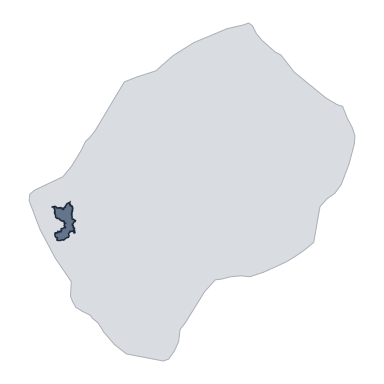 location of Tsana-Talana, Mafeteng, Lesotho
{"feature_id": "5366337B43460203285745", "entity_name": "Tsana-Talana", "entity_type": "district", "adm_level": 2, "iso_a3": "LSO", "parent_name": "Lesotho", "parent_adm1": "Mafeteng", "projection": "robinson", "projection_center": [27.304, -29.791], "detail": "fine", "context": "in_parent", "style": "filled", "palette": "slate", "viewbox_px": 384, "rotation_deg": 0, "n_neighbors": 0, "source": "geoboundaries", "source_scale": "gbopen_adm2", "svg_char_len": 5609}
<svg xmlns="http://www.w3.org/2000/svg" viewBox="0 0 384 384"><path d="M263.4,272.3L250.8,276.4L249.1,276.7L241.1,275.8L230.4,276.8L221.9,279.0L215.4,279.8L204.7,291.5L185.3,322.8L180.1,329.4L178.6,341.7L174.1,351.5L168.6,359.1L163.3,361.0L147.1,357.9L126.5,354.0L114.5,344.6L103.8,332.1L98.2,323.1L92.3,318.1L90.3,315.3L81.9,311.1L78.7,309.0L75.9,307.4L72.5,301.4L70.5,296.2L71.3,281.6L65.4,273.0L55.2,258.1L48.8,246.0L40.0,229.4L34.6,215.2L29.1,200.5L29.8,194.2L35.1,189.9L50.7,182.5L62.8,176.8L71.5,166.3L81.0,150.7L85.6,141.3L90.2,137.0L95.3,130.4L104.1,115.7L113.9,99.3L124.4,81.8L137.6,76.7L155.7,70.9L173.1,55.6L193.8,42.6L227.2,28.6L242.8,25.1L248.7,23.0L252.4,25.7L256.4,33.7L262.0,40.4L275.2,52.1L280.8,54.9L294.3,72.2L308.8,84.0L325.5,97.7L336.8,104.5L342.6,106.4L347.4,118.5L352.2,127.5L354.9,135.9L354.3,144.1L349.0,164.1L341.2,184.6L335.0,193.1L327.4,198.5L320.0,206.6L317.1,223.0L313.7,242.4L304.1,250.3L296.6,255.5L286.2,261.9L263.4,272.3Z" fill="#d9dde1" stroke="#a8b0b8" stroke-width="1"/><path d="M74.4,233.0L74.6,232.9L74.4,232.4L74.6,231.9L74.8,231.9L74.5,231.3L74.6,230.9L74.3,230.9L74.1,230.8L74.1,230.7L74.3,230.6L74.1,230.4L74.0,230.2L74.2,229.9L74.0,229.7L74.1,229.3L74.1,229.0L74.2,228.9L74.3,228.7L74.2,228.6L74.4,228.5L74.4,228.4L74.5,228.3L74.3,228.1L74.1,227.9L73.8,227.6L73.7,227.6L73.4,227.5L73.3,227.2L73.4,226.8L73.5,226.7L73.4,226.4L73.2,226.6L73.2,226.2L73.0,225.9L72.9,225.6L73.0,225.7L72.8,225.5L72.6,225.4L72.7,225.1L72.6,224.9L72.4,224.8L72.6,224.6L72.7,224.4L72.6,224.2L72.8,224.2L73.1,223.9L73.2,223.3L73.4,223.0L73.5,222.7L73.9,222.3L74.1,221.5L74.3,221.4L74.7,221.6L74.9,221.6L75.1,221.6L75.5,220.6L74.6,220.1L74.0,219.6L73.5,219.2L73.1,219.2L72.9,219.5L72.4,219.4L72.3,219.1L72.1,218.9L72.0,218.2L72.1,217.2L72.1,216.8L72.0,216.6L72.1,216.3L71.9,215.6L71.7,215.5L71.7,215.1L71.6,214.8L71.6,214.7L71.8,214.8L71.9,214.7L71.9,214.2L71.7,213.9L71.8,213.9L71.7,213.6L71.8,213.5L71.8,213.1L72.0,212.9L71.9,212.8L71.9,212.6L72.0,212.2L72.1,211.9L72.3,211.5L72.1,211.3L72.4,211.2L72.5,210.9L72.4,210.8L72.6,210.7L72.5,209.9L72.4,209.4L72.8,208.9L72.8,208.5L72.8,208.4L72.7,208.4L72.6,208.2L72.3,207.9L72.4,207.5L72.5,207.4L72.4,207.2L72.5,207.1L72.4,206.9L72.2,206.7L72.3,206.5L72.2,206.3L71.9,206.2L71.9,205.9L71.7,205.8L71.4,205.8L71.2,206.0L71.1,205.9L70.8,205.8L70.5,205.4L70.3,205.4L70.6,204.9L70.5,204.5L70.2,204.5L69.7,204.3L69.8,204.1L69.8,203.8L69.7,203.7L69.8,203.5L69.7,203.3L69.8,203.0L69.7,202.8L69.8,202.7L69.9,202.3L69.5,202.6L69.2,202.5L68.9,202.6L68.5,203.0L68.2,203.1L67.9,203.2L67.5,203.6L67.1,203.6L66.8,203.8L66.7,204.0L66.5,204.3L66.2,204.9L66.2,205.0L66.1,205.3L65.7,205.8L65.1,206.4L65.1,206.6L65.4,207.1L65.2,207.2L64.8,207.3L63.9,207.8L64.0,208.6L63.6,209.0L63.5,209.4L63.2,209.5L63.1,209.3L62.8,209.2L62.9,208.9L62.6,208.9L62.4,208.7L62.1,208.7L62.1,208.3L61.8,208.4L61.7,208.2L61.4,207.9L61.3,208.0L61.1,207.8L60.7,208.0L60.4,208.0L60.3,207.8L60.1,208.0L59.9,207.7L59.7,207.7L59.4,207.7L59.0,207.9L58.5,207.9L58.5,208.1L58.2,208.1L57.8,208.1L57.5,207.9L57.4,208.0L56.9,207.9L56.6,207.7L56.5,207.4L56.3,207.2L56.3,207.3L56.2,207.3L56.1,207.1L55.8,206.8L55.6,206.8L55.5,206.7L55.2,206.6L54.5,206.4L54.4,206.5L54.5,206.7L54.4,206.8L54.3,206.6L54.0,206.6L53.8,206.7L53.7,206.8L53.2,206.6L52.7,206.7L52.3,206.8L52.3,207.0L52.7,206.9L53.0,207.0L53.3,207.3L53.6,207.4L53.6,207.7L54.0,207.9L54.2,208.2L54.2,208.4L54.3,208.5L54.2,208.7L54.5,208.9L54.7,209.1L54.8,209.3L54.8,209.5L54.8,209.9L55.0,210.1L54.9,210.6L54.6,210.9L54.7,211.0L54.9,211.3L54.7,211.4L54.7,211.5L54.9,211.5L54.7,211.6L54.7,212.0L55.0,212.5L54.8,212.7L54.9,213.1L54.7,213.1L54.9,213.4L54.7,213.6L54.9,213.9L55.1,214.4L55.4,214.6L55.6,214.9L55.5,215.5L55.5,215.8L55.5,216.0L55.5,216.3L55.6,216.5L55.7,217.3L55.8,217.5L56.5,217.7L56.7,218.0L56.8,217.9L57.1,218.2L57.2,218.3L57.4,218.6L57.5,218.6L58.4,218.4L58.5,218.4L58.9,218.6L59.1,218.8L59.4,219.2L59.7,219.4L59.7,219.5L59.8,219.5L60.1,219.6L60.2,219.9L60.5,220.2L61.0,220.6L61.3,220.6L61.7,221.0L62.2,221.0L62.6,221.2L62.9,221.0L63.1,221.1L63.2,220.9L63.5,221.1L63.8,221.1L63.8,221.3L64.2,221.3L64.4,221.1L64.5,220.9L64.4,221.2L64.2,221.4L64.2,221.6L64.2,221.8L64.3,222.3L64.1,223.0L64.3,223.1L64.7,223.1L65.0,223.2L65.3,223.3L65.0,223.5L64.8,224.0L64.6,224.1L64.6,224.3L64.4,224.6L64.4,225.0L64.2,225.3L64.3,225.5L64.2,225.6L64.3,226.0L64.5,226.3L64.8,226.7L64.9,226.8L65.2,226.9L65.5,227.2L65.5,227.4L65.4,227.6L65.2,227.4L64.9,227.4L64.7,227.7L64.5,227.8L64.1,227.8L63.8,227.8L63.4,228.0L62.9,228.5L62.6,228.5L62.4,228.6L61.8,228.5L61.2,228.7L61.1,229.1L61.1,229.3L61.2,229.7L61.2,229.8L61.2,230.0L61.3,230.1L61.5,230.4L61.5,230.7L61.4,230.8L61.2,230.9L61.1,231.3L60.9,231.3L60.9,231.5L61.0,231.6L60.9,231.8L60.5,231.5L60.2,231.4L60.2,231.5L59.9,231.5L59.4,231.6L59.0,232.1L58.9,231.9L59.1,231.5L58.5,231.5L58.6,232.2L58.2,232.0L57.8,232.2L57.6,231.9L57.4,232.5L56.9,233.1L56.7,233.1L56.4,232.8L56.1,233.0L56.1,232.9L55.8,232.8L55.5,232.7L55.1,232.9L54.9,234.0L54.8,234.9L55.1,235.1L55.1,235.4L55.1,235.6L55.2,236.4L55.5,236.6L56.0,237.5L56.5,237.7L57.1,237.6L57.4,237.8L57.4,238.6L56.9,239.4L57.0,240.2L59.1,240.6L60.1,240.5L60.9,240.2L61.5,240.2L61.9,240.0L62.4,239.9L62.7,239.7L62.9,239.7L63.0,239.7L63.3,240.1L64.2,239.8L64.8,239.2L65.0,239.0L65.4,238.5L66.0,238.0L67.3,237.5L67.9,237.5L68.2,237.4L68.4,237.3L68.6,236.8L68.9,236.3L69.1,235.8L69.0,235.4L68.6,234.4L68.6,234.1L68.7,233.4L68.8,233.2L69.9,232.3L70.1,232.0L70.0,231.3L72.3,231.4L72.5,231.4L72.7,231.2L73.0,230.8L73.5,231.4L73.9,231.7L74.0,231.9L74.0,232.1L73.8,232.6L74.0,233.0L74.4,233.0L74.4,233.0Z" fill="#64748b" stroke="#1e293b" stroke-width="1.5"/></svg>